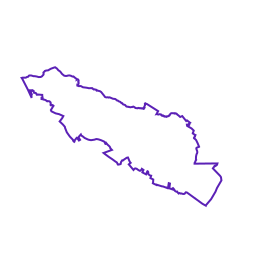 outline of Bobota, Salaj, Romania, rotated 46°
{"feature_id": "2599482B19126209643390", "entity_name": "Bobota", "entity_type": "district", "adm_level": 2, "iso_a3": "ROU", "parent_name": "Romania", "parent_adm1": "Salaj", "projection": "equal_earth", "projection_center": [22.731, 47.382], "detail": "fine", "context": "isolated", "style": "outline", "palette": "violet", "viewbox_px": 256, "rotation_deg": 46, "n_neighbors": 0, "source": "geoboundaries", "source_scale": "gbopen_adm2", "svg_char_len": 5791}
<svg xmlns="http://www.w3.org/2000/svg" viewBox="0 0 256 256"><g transform="rotate(46 128 128)"><path d="M102.9,172.0L103.0,171.7L103.2,170.7L101.0,170.2L100.3,170.2L100.0,168.3L99.9,166.4L100.4,166.6L100.7,166.9L102.5,166.4L105.1,166.1L107.7,165.1L108.9,164.6L110.5,163.5L111.2,162.9L113.1,160.2L113.9,158.5L115.0,157.6L115.9,157.0L118.0,155.9L120.4,154.9L121.1,154.6L121.5,154.6L122.8,154.9L122.9,155.0L123.5,155.3L123.8,155.3L124.0,155.0L123.6,154.1L126.1,154.3L126.6,154.2L128.6,154.1L129.7,154.4L130.3,154.8L132.6,154.8L129.0,162.9L130.6,162.7L135.4,161.9L139.5,161.0L143.7,160.3L144.6,160.0L145.3,160.0L147.2,160.7L147.7,160.3L147.9,159.9L147.9,159.7L148.3,159.4L148.7,158.6L148.8,158.2L148.0,157.2L147.6,156.5L147.4,155.5L147.4,155.1L147.2,154.9L147.4,154.4L147.7,154.4L147.9,154.1L148.0,152.2L148.3,151.1L148.4,150.0L148.7,149.2L149.2,148.5L152.4,149.8L154.1,150.3L154.9,150.3L154.7,152.7L162.0,153.2L161.8,151.5L162.2,151.0L162.2,150.8L163.3,150.1L164.7,149.9L166.6,149.4L166.9,149.3L167.3,148.8L167.3,147.1L167.0,146.4L168.9,146.0L169.9,148.5L173.9,147.2L172.6,144.3L172.6,144.0L172.8,143.9L173.2,143.9L173.8,144.1L174.1,144.5L174.4,144.6L175.2,145.3L175.5,145.5L177.5,145.1L178.4,144.5L179.6,146.7L182.6,145.6L184.6,147.8L185.0,148.5L186.2,148.1L188.8,147.1L188.6,146.8L193.6,144.1L194.2,143.5L198.6,141.4L198.3,141.1L199.0,140.7L197.4,138.9L196.0,137.0L197.1,136.4L200.1,140.2L203.6,138.4L203.3,138.0L202.4,137.8L202.5,137.4L202.8,137.4L203.1,137.8L203.7,137.5L203.8,137.6L204.6,137.5L205.1,137.8L205.9,137.9L207.4,137.5L207.7,137.1L207.9,136.8L208.5,137.0L210.3,137.1L210.4,136.7L210.6,136.1L211.7,135.7L212.0,135.2L213.7,134.2L214.3,133.6L214.6,133.0L214.4,131.1L214.6,130.9L215.4,130.4L234.2,127.1L237.9,126.0L237.7,125.7L236.9,117.6L234.6,109.3L233.0,105.7L230.6,97.2L228.0,95.3L226.4,95.0L216.0,95.0L215.7,93.3L215.8,92.6L215.4,92.0L215.8,91.4L216.1,91.3L216.2,90.8L216.2,90.2L216.3,89.5L215.6,88.3L199.9,104.9L199.4,104.4L199.0,103.1L198.6,102.4L198.3,101.1L197.8,101.0L195.8,98.9L194.9,97.6L194.3,96.5L194.2,95.9L193.6,95.0L192.7,94.3L190.8,93.5L190.0,92.9L189.9,92.5L190.0,92.0L190.6,90.5L190.9,90.0L190.9,89.9L187.1,88.4L184.0,87.4L182.5,87.4L181.6,87.6L181.1,87.6L180.9,87.4L180.9,86.9L180.7,85.9L180.4,85.8L180.4,85.5L180.2,85.0L180.0,84.8L179.9,84.4L178.5,84.9L177.8,84.9L176.9,85.2L176.4,84.5L176.2,83.7L175.5,82.5L172.4,82.6L167.9,83.9L167.8,83.5L167.6,83.3L166.9,83.6L166.5,83.3L167.0,82.8L167.7,82.6L168.3,81.9L168.2,81.5L167.8,81.1L167.6,81.1L167.3,81.2L167.4,79.7L163.5,80.3L163.4,81.3L157.1,80.7L156.3,82.8L153.6,83.0L153.0,83.2L151.8,83.2L151.6,83.1L150.8,83.4L150.4,83.7L150.0,83.9L149.8,84.1L150.1,84.4L150.0,84.5L149.4,84.7L148.7,85.3L147.5,86.5L147.3,87.0L147.3,87.9L147.6,88.7L147.5,89.4L147.8,89.6L147.8,89.8L147.6,90.3L147.6,90.6L147.3,90.8L147.1,91.4L146.8,91.8L146.8,92.0L146.6,92.2L146.8,92.4L146.8,92.5L146.6,92.6L146.3,92.4L146.2,92.4L145.9,92.7L145.8,93.1L145.6,93.5L145.1,93.6L144.8,94.0L144.5,94.0L144.3,93.8L144.0,94.0L143.5,94.0L143.4,94.2L143.1,94.4L143.3,94.5L143.2,94.8L142.8,95.0L142.6,94.9L142.2,95.1L141.9,95.1L141.8,94.7L141.5,94.7L141.2,95.0L140.8,95.1L140.0,95.7L139.8,96.0L139.5,96.7L139.3,96.8L139.0,97.1L138.2,97.3L137.8,97.9L136.8,94.6L124.0,97.7L123.5,98.0L122.2,98.4L122.2,98.7L122.3,99.1L123.1,99.6L123.4,99.9L124.2,102.0L124.9,102.0L125.0,102.7L125.2,103.3L125.0,103.6L124.4,103.6L124.0,104.0L123.6,104.1L123.6,104.5L122.5,105.1L122.4,105.5L121.9,105.9L121.5,106.0L121.1,106.3L120.6,106.8L120.6,107.3L118.9,108.7L118.3,108.7L118.1,108.9L117.7,109.0L117.1,109.0L116.3,109.3L116.1,109.6L115.9,110.4L115.2,111.1L114.9,111.7L114.5,112.1L113.2,112.8L113.1,113.1L112.1,113.7L111.5,114.2L110.4,114.2L109.8,114.1L109.2,114.2L107.7,115.1L107.1,115.1L106.2,114.9L105.8,115.3L105.5,115.4L103.9,115.4L102.2,116.2L101.5,116.2L100.9,116.4L100.5,116.8L99.0,116.9L98.2,117.1L97.1,118.0L96.5,118.5L93.2,119.9L92.7,120.8L91.9,121.1L91.2,122.1L90.7,122.5L89.9,122.9L89.5,123.0L88.1,122.7L87.6,122.7L83.5,122.3L82.1,122.6L79.8,124.0L79.4,124.6L79.1,124.6L78.6,124.2L76.7,125.4L76.6,125.8L74.9,126.2L74.6,126.0L74.4,126.1L72.1,128.6L71.4,129.0L70.0,130.0L67.4,132.1L65.1,132.8L64.1,133.8L63.9,134.2L62.3,135.0L61.7,134.4L62.2,134.1L62.3,133.9L61.5,132.4L61.3,132.2L60.9,132.2L60.5,131.5L59.9,131.4L59.5,130.5L58.5,130.2L57.8,130.5L57.7,130.8L57.6,131.3L57.3,130.9L56.3,131.0L55.3,131.2L53.4,131.4L53.1,131.4L52.9,131.8L52.2,132.3L51.1,132.7L50.7,132.8L49.4,133.7L48.6,134.7L48.0,135.9L46.9,137.0L45.9,137.6L43.2,137.9L40.9,137.6L39.8,137.6L38.1,138.0L35.9,137.8L34.5,138.1L33.9,138.1L33.4,138.7L31.8,142.3L31.3,144.2L31.1,145.3L29.7,147.1L29.6,147.5L29.4,147.8L29.2,148.3L29.4,148.8L29.3,150.0L29.4,150.4L30.6,151.2L31.0,152.1L30.9,152.7L31.1,153.8L30.7,155.3L29.3,156.9L27.7,157.8L25.9,159.1L25.2,159.9L22.9,161.2L22.0,162.1L21.7,162.5L21.5,163.0L21.7,163.9L21.7,164.4L21.1,165.2L21.0,165.8L20.8,166.5L18.6,168.8L18.1,169.7L19.3,169.9L30.9,173.4L38.6,176.1L38.7,175.8L37.3,174.8L37.2,174.0L36.5,173.6L36.2,173.6L35.5,173.3L34.2,172.4L33.0,172.1L33.4,171.7L34.5,170.4L35.3,170.7L35.8,170.2L36.1,170.4L37.5,171.1L38.4,170.2L39.0,170.0L40.7,170.5L41.6,169.5L41.5,169.4L44.6,166.7L45.4,167.4L47.5,168.8L46.4,169.4L47.1,170.1L48.5,169.1L48.9,169.0L49.3,168.6L50.9,167.8L51.5,167.8L52.7,167.6L52.8,167.4L52.7,167.2L54.2,166.0L54.8,165.9L55.1,166.0L55.7,165.9L56.1,166.1L56.7,166.6L57.1,167.2L57.9,167.8L58.1,167.7L57.9,167.2L58.1,167.0L59.2,166.3L59.8,166.2L60.3,166.2L60.3,166.4L60.1,166.4L60.1,166.6L60.4,166.9L60.9,168.6L61.5,171.0L62.4,171.3L62.8,171.5L67.2,169.9L70.1,168.0L74.5,166.2L75.2,168.5L75.8,172.6L80.3,172.4L83.3,172.6L84.2,173.2L88.6,175.0L93.8,175.8L98.3,175.8L99.0,176.3L100.6,176.3L100.6,175.9L99.8,175.1L99.8,174.5L99.4,171.6L99.7,171.4L99.9,171.7L102.0,171.8L102.9,172.0Z" fill="none" stroke="#5b21b6" stroke-width="2"/></g></svg>